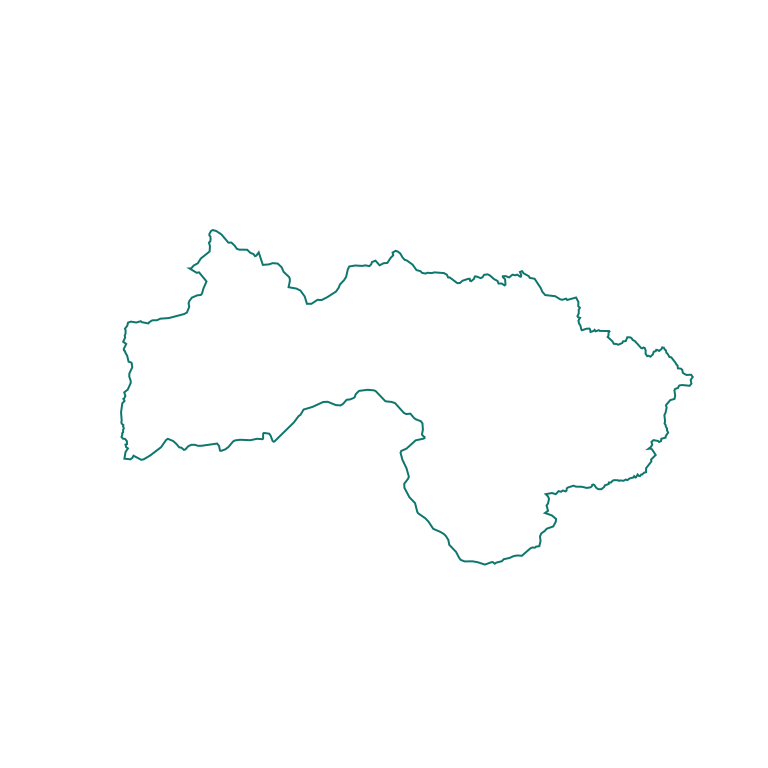 outline of Thuong Xuan, Thanh Hóa, Vietnam, rotated 324°
{"feature_id": "81297802B72882386082996", "entity_name": "Thuong Xuan", "entity_type": "district", "adm_level": 2, "iso_a3": "VNM", "parent_name": "Vietnam", "parent_adm1": "Thanh Hóa", "projection": "natural_earth1", "projection_center": [105.249, 19.914], "detail": "fine", "context": "isolated", "style": "outline", "palette": "teal", "viewbox_px": 768, "rotation_deg": 324, "n_neighbors": 0, "source": "geoboundaries", "source_scale": "gbopen_adm2", "svg_char_len": 6166}
<svg xmlns="http://www.w3.org/2000/svg" viewBox="0 0 768 768"><g transform="rotate(324 384 384)"><path d="M210.5,186.0L206.9,187.0L206.5,188.8L204.3,191.5L202.6,192.5L202.0,194.2L197.8,196.5L199.0,200.1L194.0,202.7L193.4,204.1L193.8,205.3L193.3,206.1L192.8,210.2L190.5,215.8L192.1,218.1L192.1,218.9L190.2,222.5L184.2,225.8L182.3,228.2L181.0,232.4L179.7,234.3L173.4,237.9L168.9,238.1L167.8,241.6L165.3,243.0L164.4,242.9L164.1,245.2L160.9,245.8L154.6,252.4L150.5,259.1L148.8,260.9L148.5,262.1L149.0,264.1L148.0,264.8L147.6,266.8L145.8,267.9L144.6,269.7L143.3,269.9L142.5,271.2L140.5,272.6L140.6,274.7L142.2,276.2L142.4,279.1L140.7,281.6L139.2,281.1L138.3,283.5L139.0,285.6L134.9,287.1L130.1,291.8L134.6,295.9L137.1,295.8L139.2,294.8L143.1,302.7L145.4,303.7L153.0,304.4L166.4,304.1L174.9,301.2L176.9,301.3L179.9,306.2L180.8,310.3L181.1,314.9L182.7,316.5L183.4,319.7L184.9,320.2L189.0,319.3L192.3,319.9L195.1,321.9L197.4,324.9L200.2,326.8L214.0,334.1L214.1,337.2L212.2,341.4L212.8,342.3L217.2,343.6L221.2,343.5L228.1,341.8L230.4,342.1L234.9,344.6L242.8,350.9L249.1,353.7L253.2,357.2L254.1,357.1L257.1,353.1L258.1,353.0L261.9,356.7L261.9,359.1L260.4,364.6L260.7,365.7L261.5,366.1L288.5,362.1L296.0,359.8L298.5,359.8L303.9,357.4L312.7,360.5L324.2,362.8L328.0,365.3L332.7,372.8L336.3,375.8L339.2,376.0L344.4,374.8L347.7,376.6L351.4,377.5L352.6,377.4L355.2,375.6L359.8,374.9L367.4,379.1L372.3,383.4L373.1,385.0L375.0,398.8L379.5,402.9L381.7,405.9L383.1,419.1L384.2,421.3L387.9,423.5L388.3,429.0L388.8,430.9L391.9,435.7L392.0,438.4L388.7,443.7L385.2,447.0L384.9,447.9L385.6,450.9L385.2,451.5L384.0,451.5L376.5,448.2L364.2,449.5L358.6,448.3L357.0,449.3L354.4,456.0L352.7,465.3L349.6,473.7L347.5,474.9L341.7,476.6L339.5,480.0L338.0,490.6L339.1,498.6L335.8,506.9L335.6,508.6L338.5,517.0L339.1,521.6L338.7,530.1L342.6,536.7L344.3,540.6L344.7,543.5L344.4,548.0L342.3,552.4L343.6,562.3L342.6,568.8L342.7,571.4L344.9,574.9L351.3,579.4L355.0,583.2L359.5,589.4L366.4,591.4L367.3,592.0L368.0,594.5L369.8,594.5L375.4,596.7L377.8,596.1L383.3,598.5L388.0,599.5L391.4,601.3L394.5,604.0L405.7,603.0L407.8,603.4L409.9,605.1L411.5,605.0L414.3,606.5L418.3,603.1L420.7,598.9L423.5,597.3L427.5,597.4L430.5,596.7L437.2,598.7L442.0,596.4L443.9,594.3L442.5,588.9L438.4,583.0L442.2,583.0L444.1,577.8L446.4,577.1L450.0,573.9L450.6,571.4L450.1,568.2L455.8,570.9L458.2,574.1L462.3,573.3L463.8,575.2L466.1,575.3L467.9,577.7L468.9,577.6L470.5,575.9L471.8,575.8L477.6,577.7L478.9,579.8L483.6,583.4L487.0,587.3L490.4,589.0L492.0,588.9L493.2,588.0L494.3,588.4L494.8,589.3L494.7,592.7L495.5,595.0L498.0,596.9L501.6,596.7L503.1,595.8L507.0,597.0L508.0,595.9L509.6,597.1L512.3,596.6L513.9,597.2L516.9,599.6L517.2,600.5L518.5,600.9L520.9,603.1L523.4,603.4L524.5,604.9L526.9,604.7L530.8,606.2L532.2,605.6L532.4,607.4L533.1,607.6L536.0,606.3L536.2,608.1L536.9,609.0L539.1,608.4L539.9,609.0L542.3,608.6L544.2,609.4L546.5,606.2L554.8,603.8L555.7,602.1L562.1,601.1L562.4,594.3L561.5,592.8L559.9,591.9L562.9,591.8L565.4,590.7L566.3,588.1L569.0,587.8L572.1,591.0L572.5,592.6L574.6,593.0L576.2,591.3L580.2,592.9L581.4,591.7L585.3,590.3L585.8,587.6L586.8,586.4L587.0,584.1L587.8,582.6L587.7,581.0L589.5,579.3L592.6,573.9L594.8,572.8L598.8,569.2L599.6,566.9L606.1,565.3L610.3,566.8L612.8,564.5L615.1,560.0L616.6,559.1L619.5,560.0L621.7,558.8L622.6,559.0L624.9,560.3L630.2,565.1L632.9,564.4L634.5,561.0L637.9,559.8L637.9,557.0L634.1,554.5L633.2,552.9L632.3,550.6L633.6,548.0L633.3,546.2L631.0,544.1L632.4,541.4L632.0,540.2L632.3,538.1L632.1,531.3L630.8,530.0L631.2,526.0L630.8,524.7L631.8,522.6L631.4,521.1L631.7,519.2L630.6,517.9L629.2,518.8L626.0,519.0L625.2,517.1L624.3,516.4L623.1,517.2L621.2,516.4L618.9,518.1L615.6,518.5L614.5,516.5L613.3,516.2L613.4,513.2L615.4,510.7L616.1,508.2L615.4,507.0L613.8,506.9L613.2,506.1L612.2,496.7L611.1,494.5L611.2,492.2L610.5,490.9L608.3,489.2L604.8,491.4L602.4,490.0L600.9,490.9L596.5,489.9L595.7,488.4L593.5,486.5L593.9,483.6L592.6,477.4L594.0,476.8L595.9,474.4L597.3,474.1L597.3,473.5L589.8,467.9L589.4,466.7L586.2,465.8L586.2,464.0L584.7,464.3L581.7,463.3L582.8,460.9L582.7,459.8L580.1,458.2L575.7,456.9L575.6,456.2L577.3,451.9L577.3,449.7L578.6,447.0L581.5,445.7L580.3,444.2L580.4,442.8L583.0,441.4L585.2,438.4L587.3,437.5L586.9,435.2L589.5,431.9L590.2,426.9L581.6,423.7L581.5,422.0L577.8,420.7L576.4,419.2L574.1,413.6L566.7,406.8L566.3,402.3L567.2,398.5L567.7,387.4L564.3,383.8L564.5,381.8L562.0,376.5L562.0,373.8L559.8,373.3L559.1,376.5L557.9,377.6L557.3,377.3L556.1,373.9L554.1,373.2L552.2,371.1L547.8,371.3L545.8,368.2L543.5,366.7L543.0,367.3L543.5,370.5L540.7,375.0L539.5,375.1L538.3,371.9L535.7,370.0L536.4,367.3L534.7,363.9L533.5,358.5L532.3,356.2L529.1,354.5L526.3,355.6L524.4,355.1L521.7,351.0L520.6,350.4L518.8,351.8L515.0,352.1L514.3,351.1L515.2,349.3L513.9,348.4L508.2,346.6L504.8,346.9L502.6,345.5L499.8,336.4L498.5,335.5L499.1,332.6L497.7,329.5L490.5,323.4L487.8,322.3L484.3,319.4L482.7,319.2L480.1,316.5L479.8,314.1L477.2,310.9L477.3,304.2L475.0,297.3L473.7,295.7L473.4,292.3L473.9,288.1L473.0,285.0L471.7,283.1L468.2,282.7L467.1,285.3L463.7,285.8L457.9,288.0L454.5,286.0L450.2,285.4L449.6,279.2L445.9,278.3L443.9,279.7L441.4,280.0L438.7,277.1L435.7,275.6L430.5,271.3L425.0,268.5L422.1,270.0L416.4,275.0L412.8,276.5L406.8,277.6L403.9,279.5L399.5,281.0L389.0,280.4L382.8,279.4L379.7,276.8L372.5,276.5L368.8,273.8L371.3,266.6L371.3,259.2L369.2,255.3L363.7,249.6L368.4,245.3L369.6,243.6L370.1,241.6L368.7,234.3L369.8,229.4L368.8,224.1L365.0,220.8L361.2,219.6L356.0,216.4L360.0,203.9L356.1,205.1L354.8,204.8L354.8,202.2L353.0,199.4L352.2,194.9L345.9,190.3L344.4,188.1L344.5,184.4L343.7,179.9L341.2,178.2L340.4,167.5L338.2,161.6L335.8,158.7L333.9,158.6L331.2,159.8L330.1,161.0L330.2,162.7L328.8,165.0L327.1,166.6L325.5,166.7L324.2,170.2L320.8,174.3L309.6,174.8L304.3,176.9L299.8,176.3L296.0,177.1L294.6,176.2L297.8,183.9L300.0,185.0L300.7,196.7L294.2,200.5L290.0,203.8L288.2,204.3L285.0,202.5L279.3,201.2L275.4,202.4L273.3,203.9L271.9,207.0L266.6,210.3L263.6,210.0L248.5,204.1L241.5,199.7L237.9,199.0L234.0,196.3L230.5,196.0L229.0,196.5L224.4,191.6L224.1,190.2L219.8,188.7L215.8,184.7L213.0,183.9L210.5,186.0Z" fill="none" stroke="#0f766e" stroke-width="2"/></g></svg>